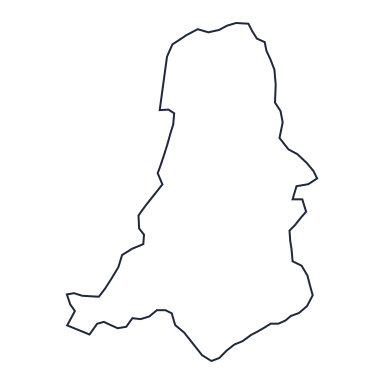 Laurentino, Santa Catarina, Brazil (Equal Earth projection)
{"feature_id": "56859067B62662309079841", "entity_name": "Laurentino", "entity_type": "district", "adm_level": 2, "iso_a3": "BRA", "parent_name": "Brazil", "parent_adm1": "Santa Catarina", "projection": "equal_earth", "projection_center": [-49.737, -27.204], "detail": "fine", "context": "isolated", "style": "outline", "palette": "slate", "viewbox_px": 384, "rotation_deg": 0, "n_neighbors": 0, "source": "geoboundaries", "source_scale": "gbopen_adm2", "svg_char_len": 1300}
<svg xmlns="http://www.w3.org/2000/svg" viewBox="0 0 384 384"><path d="M299.0,313.0L307.0,306.1L312.7,295.3L310.0,285.5L307.4,275.5L301.6,265.7L292.6,261.3L291.5,249.0L290.2,240.6L289.5,230.6L294.9,225.2L300.6,218.0L306.1,211.7L302.3,199.3L292.6,199.3L296.5,186.2L308.3,184.2L317.1,178.4L313.4,170.9L306.7,162.9L297.3,154.1L288.5,149.4L279.5,138.0L282.7,122.4L280.5,111.0L275.0,102.6L275.7,84.5L274.4,69.6L270.4,59.3L266.4,50.7L264.7,42.1L256.9,38.6L252.2,31.1L248.4,23.7L236.0,23.0L227.0,25.7L218.9,30.0L208.4,32.3L197.7,29.2L186.7,35.0L179.2,40.0L172.4,44.4L167.0,56.7L159.7,110.1L168.5,109.6L174.2,113.3L173.2,124.5L170.8,132.2L167.4,144.3L164.0,155.1L160.7,165.0L157.7,173.2L162.4,184.4L145.3,206.0L138.5,215.4L139.1,228.4L144.0,234.7L143.3,244.1L132.2,248.7L122.1,255.0L118.4,267.1L111.9,277.9L105.3,288.3L98.9,296.7L91.0,296.3L82.4,295.8L74.0,293.2L66.9,294.4L70.2,304.4L74.9,311.0L67.2,325.4L89.5,334.5L97.2,323.7L103.9,321.9L111.4,325.4L117.6,328.2L126.2,326.8L132.4,318.2L140.6,319.1L149.2,316.5L156.9,310.2L165.5,310.2L171.7,313.3L175.2,325.1L184.2,332.6L193.6,344.5L202.1,355.2L211.4,361.0L219.3,358.0L226.6,350.6L234.4,344.5L242.5,341.2L251.1,334.9L257.3,331.7L263.9,327.9L270.7,323.7L278.4,323.7L285.5,320.5L290.8,316.0L299.0,313.0Z" fill="none" stroke="#1e293b" stroke-width="2"/></svg>